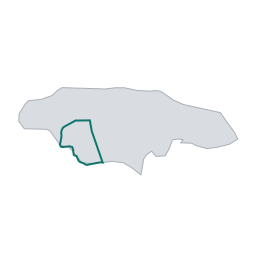 Jamaica, with Saint Elizabeth highlighted, rotated 353°
{"feature_id": "JAM-1373", "entity_name": "Saint Elizabeth", "entity_type": "Parish", "adm_level": 1, "iso_a3": "JAM", "parent_name": "Jamaica", "parent_adm1": "", "projection": "natural_earth1", "projection_center": [-77.826, 18.044], "detail": "fine", "context": "in_parent", "style": "outline", "palette": "teal", "viewbox_px": 256, "rotation_deg": 353, "n_neighbors": 0, "source": "natural_earth", "source_scale": "10m", "svg_char_len": 1192}
<svg xmlns="http://www.w3.org/2000/svg" viewBox="0 0 256 256"><g transform="rotate(353 128 128)"><path d="M129.3,87.6L141.6,91.9L154.3,94.1L159.8,94.2L165.0,95.6L176.6,105.9L186.0,111.5L221.5,124.0L233.3,145.7L235.6,152.4L226.4,156.5L214.9,157.9L203.9,158.1L193.7,153.9L189.2,150.8L178.6,149.2L181.2,146.3L176.5,145.0L170.6,145.3L166.3,153.6L161.5,160.2L152.2,159.5L148.6,153.9L143.7,156.4L139.8,160.6L135.1,176.1L127.5,168.4L119.3,162.0L108.9,159.3L88.0,158.9L78.1,156.8L69.9,143.6L66.7,139.9L58.5,136.5L50.2,121.4L47.3,119.4L25.0,116.1L20.4,107.9L21.8,100.4L29.2,91.3L32.8,88.7L45.2,89.1L56.9,86.4L62.1,82.4L67.5,79.9L110.1,86.5L119.9,86.5L129.3,87.6Z" fill="#d9dde1" stroke="#a8b0b8" stroke-width="1"/><path d="M98.7,159.2L96.3,158.7L82.6,159.6L81.9,159.4L79.8,157.8L76.3,155.9L75.4,155.1L74.9,154.2L73.9,151.1L73.7,150.1L73.3,149.4L71.5,148.7L70.9,148.1L70.8,145.6L70.9,142.6L70.3,140.1L67.7,139.0L60.7,139.0L59.1,138.3L58.3,136.1L59.0,134.6L61.0,128.1L61.2,126.4L61.1,126.1L61.0,125.4L61.0,125.1L61.0,124.8L61.2,124.0L61.8,122.5L62.9,120.5L63.4,120.0L63.7,119.7L65.2,118.8L76.8,114.2L91.1,115.8L91.6,126.5L98.5,158.6L98.7,159.2Z" fill="none" stroke="#0f766e" stroke-width="2"/></g></svg>